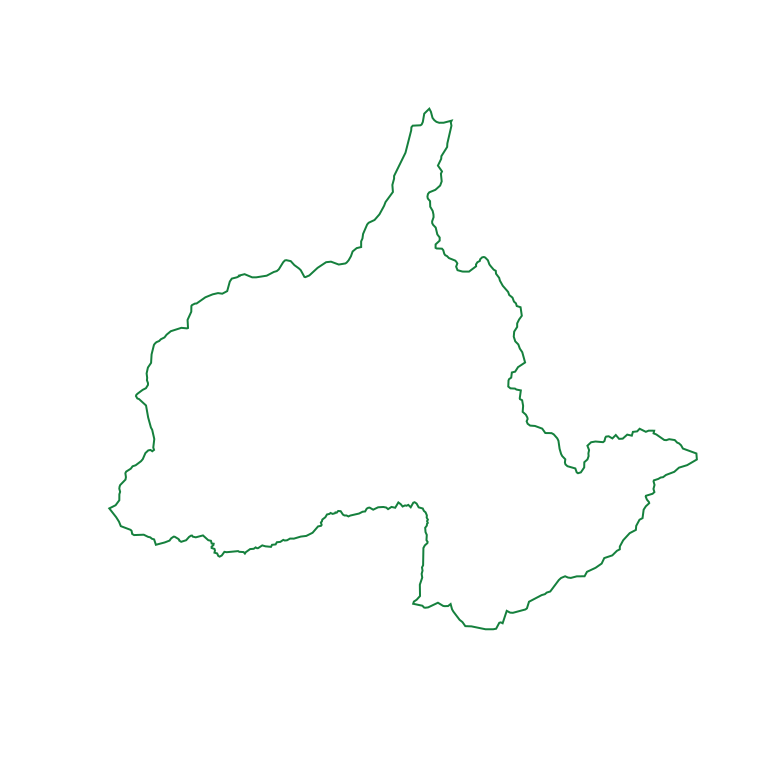 the district of Andes, Antioquia, Colombia, rotated 79°
{"feature_id": "7082276B30380127815857", "entity_name": "Andes", "entity_type": "district", "adm_level": 2, "iso_a3": "COL", "parent_name": "Colombia", "parent_adm1": "Antioquia", "projection": "mercator", "projection_center": [-75.916, 5.629], "detail": "fine", "context": "isolated", "style": "outline", "palette": "green", "viewbox_px": 768, "rotation_deg": 79, "n_neighbors": 0, "source": "geoboundaries", "source_scale": "gbopen_adm2", "svg_char_len": 6162}
<svg xmlns="http://www.w3.org/2000/svg" viewBox="0 0 768 768"><g transform="rotate(79 384 384)"><path d="M517.8,91.3L511.8,90.6L504.4,102.9L500.8,104.1L498.4,105.9L497.6,107.3L494.5,109.3L492.6,114.6L493.0,117.6L492.4,119.6L485.5,126.3L483.9,128.8L481.4,127.7L480.3,133.1L480.9,136.1L476.7,141.6L478.8,144.5L478.5,148.8L482.0,150.6L480.1,154.9L483.2,160.1L482.7,163.7L478.3,166.2L481.0,170.2L478.2,173.4L478.0,176.0L478.8,176.9L482.1,178.5L482.9,180.1L480.8,187.4L480.7,191.8L483.4,196.1L488.0,195.3L491.1,196.6L493.8,196.9L496.9,198.7L499.0,202.3L504.1,203.4L508.3,207.6L508.6,210.6L507.5,211.7L503.4,212.3L499.7,219.6L497.6,221.2L495.6,221.4L492.5,220.4L488.8,222.8L486.5,223.5L481.1,224.0L473.0,223.6L470.4,224.3L465.8,227.0L464.2,228.9L462.9,235.0L458.0,237.2L454.0,243.8L452.7,248.5L450.4,250.6L447.8,251.1L445.8,249.7L444.2,249.7L441.2,250.6L437.8,253.2L432.0,251.6L426.3,251.5L424.8,253.4L424.0,253.5L416.4,250.9L414.7,255.1L413.5,256.3L412.4,260.7L410.2,262.5L404.3,261.1L403.1,260.3L402.0,257.9L397.1,256.3L396.9,252.9L393.0,249.2L389.8,241.4L379.2,242.2L375.2,243.9L370.8,244.6L367.2,247.0L362.3,247.6L357.4,246.2L353.4,242.4L349.9,241.7L346.5,239.1L343.3,235.7L334.7,235.3L332.8,238.8L330.0,239.1L327.9,240.7L323.7,241.4L320.5,244.1L317.3,244.6L310.2,248.7L304.6,250.5L301.8,250.7L297.1,253.0L294.2,252.7L292.7,254.5L289.0,256.6L286.8,257.7L282.4,258.4L279.2,260.5L278.4,261.7L278.4,263.5L279.9,265.8L281.5,266.5L282.3,269.1L284.2,270.9L286.0,271.1L289.9,279.1L288.6,285.5L286.3,290.1L282.6,290.8L279.6,289.0L277.6,289.8L276.4,290.6L272.8,296.2L270.4,297.8L269.3,299.3L267.7,300.0L263.9,300.3L262.2,301.3L261.0,306.5L260.2,307.4L256.8,306.7L253.9,302.0L250.8,301.4L247.4,303.1L240.3,303.4L237.2,305.4L235.3,306.0L233.5,305.7L229.7,303.5L227.0,303.1L223.4,303.2L218.8,304.8L213.3,303.9L210.3,305.6L208.3,305.6L205.9,304.6L204.5,303.0L203.2,296.5L199.9,291.0L196.1,288.7L188.4,288.0L186.4,286.5L179.9,289.4L173.9,284.9L171.3,284.2L163.4,276.8L159.9,275.9L143.3,268.5L139.9,268.5L138.4,267.4L138.9,275.6L138.1,280.0L136.7,282.5L134.6,284.3L132.0,285.6L125.8,286.0L122.4,287.0L126.3,292.9L134.2,295.9L136.4,297.5L137.0,298.8L135.9,306.5L137.2,308.1L140.2,308.9L161.1,318.8L181.7,334.4L184.3,334.9L190.2,337.8L197.2,338.6L205.7,347.8L209.1,349.9L216.6,356.1L221.2,362.0L222.8,368.3L224.2,370.1L232.7,375.9L237.1,377.4L239.6,379.2L245.2,380.3L245.4,384.9L247.9,389.5L252.3,392.1L255.9,395.2L257.7,397.5L258.3,398.9L258.1,405.6L253.8,412.7L253.4,417.6L257.3,427.0L263.2,436.6L264.1,440.8L263.7,441.7L256.4,444.0L254.4,445.4L250.2,449.3L245.6,452.1L243.8,456.3L243.8,457.7L245.2,459.7L251.4,465.4L252.7,467.7L253.0,470.8L255.3,478.5L254.9,489.2L254.1,493.1L249.6,499.9L249.9,505.4L250.4,505.2L251.2,508.0L251.5,513.3L254.0,515.8L262.9,520.2L264.5,525.5L263.1,529.6L263.3,535.1L264.8,542.8L269.2,552.6L269.0,554.3L269.9,557.4L270.7,558.2L276.3,559.4L283.6,564.6L291.6,565.7L291.8,566.8L290.2,572.2L291.5,583.2L294.1,588.0L296.4,590.6L297.5,594.5L298.9,596.5L299.5,599.4L300.7,601.3L301.8,602.4L310.6,606.5L318.8,608.6L322.8,612.6L328.3,615.0L332.8,615.3L335.0,616.0L338.1,615.5L339.9,615.9L342.7,618.5L343.7,622.0L346.3,627.4L347.3,629.1L348.5,629.8L351.1,628.9L352.1,627.3L359.7,621.7L371.8,621.9L382.3,621.1L384.7,620.3L394.2,620.0L402.3,622.6L404.8,622.3L405.8,624.3L404.2,625.8L404.2,628.1L406.3,631.4L411.7,635.1L413.4,637.2L416.4,643.3L416.8,646.5L418.8,648.7L420.8,653.8L422.2,654.9L426.2,655.1L428.5,656.0L432.8,662.2L434.2,663.1L436.2,663.8L439.5,663.6L441.7,664.8L447.6,666.0L451.8,670.6L453.7,677.4L463.7,672.3L468.6,670.4L473.3,669.5L478.8,660.6L480.0,659.8L483.1,659.8L484.6,658.2L486.1,648.6L489.0,644.8L490.0,642.6L491.5,641.5L492.7,639.3L498.3,638.6L497.7,629.6L496.8,624.4L494.9,622.4L493.7,619.6L494.0,618.6L496.6,615.7L497.7,614.8L498.6,614.9L500.2,613.2L499.6,608.0L496.9,604.5L496.0,602.3L496.2,601.3L497.3,600.9L498.6,598.0L498.1,590.6L503.8,586.3L504.9,583.8L507.7,583.6L508.3,581.7L509.6,582.2L510.8,584.3L512.1,584.5L513.5,581.9L515.2,581.7L517.2,582.6L518.5,580.1L521.1,579.5L522.1,578.3L521.4,576.0L518.3,572.7L519.1,570.5L520.2,559.1L521.1,558.1L522.2,553.9L523.9,552.9L522.7,551.7L520.5,546.9L520.9,543.3L519.9,541.2L521.0,539.9L521.1,538.9L519.2,534.3L520.7,531.4L522.3,526.0L520.5,524.6L520.8,521.0L518.9,519.4L519.2,515.9L517.8,512.6L518.7,511.3L518.9,509.0L517.8,505.7L518.6,502.0L517.9,494.8L518.3,489.3L516.4,482.5L511.2,475.9L511.2,472.9L510.4,472.1L507.9,472.4L507.1,471.2L505.3,470.4L503.6,467.0L501.2,464.9L501.1,462.3L500.4,461.1L501.7,459.2L501.5,456.8L500.8,456.2L501.3,455.0L499.9,453.2L500.6,450.8L504.4,449.2L505.5,447.9L505.9,445.9L507.2,444.2L506.7,442.2L506.4,433.2L505.3,429.4L505.5,426.8L503.1,424.8L502.5,423.1L502.6,421.7L505.3,418.6L503.9,413.3L504.6,408.1L505.7,405.4L507.6,403.9L506.1,400.1L507.6,396.6L503.0,392.5L505.2,390.5L507.8,389.1L507.2,386.5L507.8,385.1L507.3,383.2L510.1,381.3L506.1,377.9L505.9,376.5L507.6,374.8L511.7,373.5L513.6,369.7L516.1,369.1L517.9,367.7L521.1,367.0L523.3,367.6L525.6,366.8L526.8,367.9L528.7,367.5L529.5,368.5L531.2,369.0L533.0,371.0L537.3,371.5L540.3,370.8L545.4,372.1L547.3,371.3L548.5,371.8L550.2,374.7L552.5,376.6L569.4,380.2L571.3,381.7L574.6,381.8L577.6,383.3L581.3,383.4L587.8,387.1L599.0,389.1L602.0,393.1L603.3,396.2L605.3,397.3L609.0,388.6L611.0,387.4L611.5,386.3L611.7,383.3L609.0,372.8L613.1,368.3L613.6,367.0L614.2,363.5L612.7,360.6L618.1,360.2L620.5,359.4L629.9,354.8L632.7,352.4L637.2,350.4L638.6,344.4L644.1,331.2L645.6,323.7L645.6,320.6L640.4,316.4L640.3,314.8L641.5,313.2L630.1,306.8L632.5,303.8L633.2,301.1L632.3,288.2L631.5,286.5L625.4,283.2L621.3,269.5L621.0,266.1L619.8,264.1L619.4,260.4L609.8,249.8L608.2,247.2L607.3,242.9L609.1,240.3L610.0,237.6L609.6,231.5L611.0,223.8L607.1,220.6L604.8,211.4L601.8,204.6L596.9,201.0L595.8,192.6L592.2,187.2L591.3,184.1L588.5,183.5L583.0,179.0L577.3,171.3L575.3,164.6L571.4,163.5L566.0,159.1L565.0,155.8L556.9,153.1L554.0,150.3L551.6,146.4L550.6,146.4L547.6,148.0L544.5,148.6L543.7,148.2L543.0,141.3L541.7,139.2L538.4,139.5L534.7,137.7L531.1,138.0L530.1,137.5L529.5,132.8L528.6,130.3L528.7,127.8L527.1,124.6L525.6,115.8L522.4,110.4L521.5,101.9L517.8,91.3Z" fill="none" stroke="#15803d" stroke-width="2"/></g></svg>